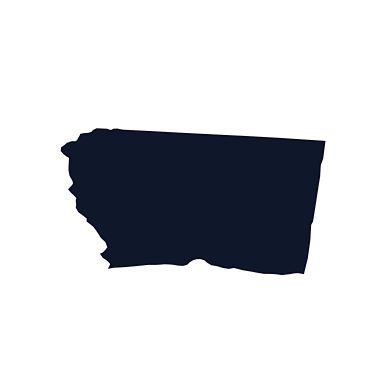 the district of Nyaribari Masaba, Nyanza, Kenya, rotated 297°
{"feature_id": "3690345B15425967230787", "entity_name": "Nyaribari Masaba", "entity_type": "district", "adm_level": 2, "iso_a3": "KEN", "parent_name": "Kenya", "parent_adm1": "Nyanza", "projection": "equal_earth", "projection_center": [34.907, -0.835], "detail": "fine", "context": "isolated", "style": "filled", "palette": "ink", "viewbox_px": 384, "rotation_deg": 297, "n_neighbors": 0, "source": "geoboundaries", "source_scale": "gbopen_adm2", "svg_char_len": 1740}
<svg xmlns="http://www.w3.org/2000/svg" viewBox="0 0 384 384"><g transform="rotate(297 192 192)"><path d="M170.1,328.1L185.4,324.5L202.5,318.6L216.8,312.3L220.3,312.5L224.3,311.3L246.2,304.1L255.9,300.9L263.8,298.4L266.9,297.0L274.3,293.8L281.0,293.0L297.1,287.3L279.0,245.1L264.8,212.9L254.5,190.0L239.8,157.1L224.3,122.1L220.6,113.9L215.6,102.7L214.4,99.0L214.1,97.4L212.2,93.8L209.7,92.1L209.0,87.6L206.9,83.1L204.9,78.6L201.8,76.3L199.5,75.8L197.1,73.3L194.7,69.3L192.8,66.9L190.4,67.0L188.3,66.8L185.8,66.8L183.5,65.4L182.2,62.4L180.6,60.8L178.4,58.8L175.2,57.5L172.3,55.9L169.4,57.1L168.2,60.4L167.8,62.2L167.5,63.8L167.3,67.4L165.8,68.1L163.8,69.0L161.8,69.9L160.1,70.6L157.2,72.0L155.8,72.7L154.5,73.7L151.7,75.8L150.4,77.5L149.0,79.9L147.1,82.0L146.1,82.7L144.8,82.9L142.3,82.4L138.5,81.3L137.3,84.3L136.8,85.8L136.5,87.2L135.3,90.8L134.6,92.4L131.6,93.1L129.0,95.0L127.5,95.7L125.7,96.2L123.1,100.3L122.2,106.0L121.2,110.8L118.6,111.9L117.8,115.9L117.0,119.9L115.3,123.5L113.3,127.1L111.5,130.1L110.5,131.9L110.1,133.2L108.8,137.8L106.1,140.8L104.7,142.5L100.9,141.8L98.8,141.2L96.5,140.1L95.4,139.2L93.7,142.3L93.0,147.3L91.8,151.4L90.5,152.7L86.9,152.7L89.6,156.2L91.7,159.8L92.7,161.6L95.7,166.6L98.6,171.3L101.1,175.2L104.4,180.4L106.4,183.4L108.3,186.5L110.7,191.4L113.3,196.0L115.8,199.9L118.6,206.1L120.0,210.2L121.0,213.3L122.9,217.4L125.8,220.3L129.0,221.3L132.7,223.7L135.4,226.9L136.9,230.1L137.5,234.1L136.6,238.0L136.3,242.4L137.9,247.3L139.1,253.9L140.9,259.4L144.0,263.4L145.0,267.6L146.1,272.5L148.9,281.4L150.6,287.3L152.5,293.2L154.5,297.1L156.1,300.5L157.9,304.8L159.4,309.3L161.9,313.1L163.9,316.1L166.0,318.8L168.3,322.4L169.3,325.2L170.1,328.1Z" fill="#0f172a" stroke="#020617" stroke-width="1.5"/></g></svg>